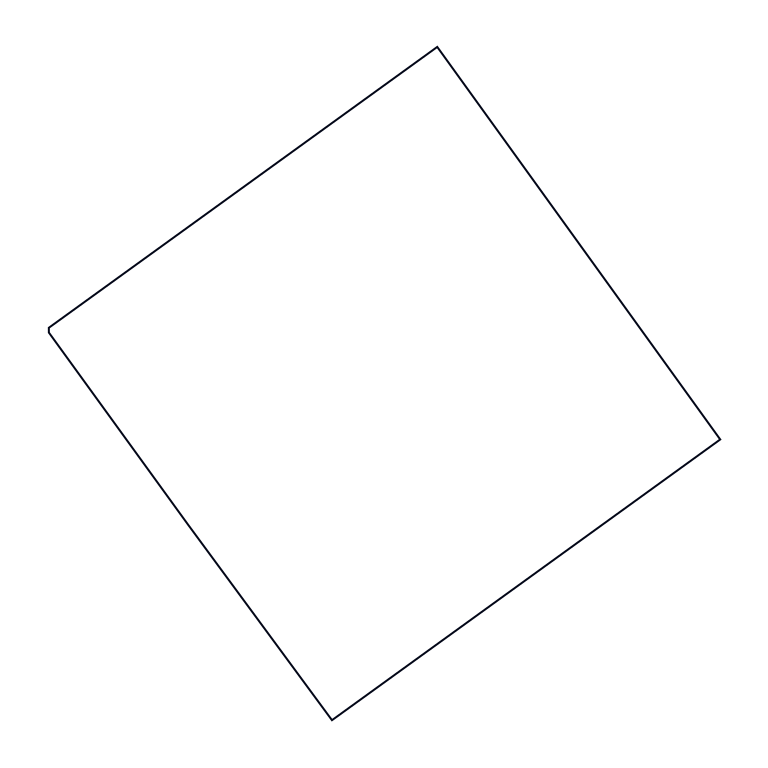 outline of Saline, Nebraska, United States of America, rotated 144°
{"feature_id": "52423323B35971436887727", "entity_name": "Saline", "entity_type": "district", "adm_level": 2, "iso_a3": "USA", "parent_name": "United States of America", "parent_adm1": "Nebraska", "projection": "albers", "projection_center": [-97.109, 40.524], "detail": "fine", "context": "isolated", "style": "outline", "palette": "ink", "viewbox_px": 768, "rotation_deg": 144, "n_neighbors": 0, "source": "geoboundaries", "source_scale": "gbopen_adm2", "svg_char_len": 250}
<svg xmlns="http://www.w3.org/2000/svg" viewBox="0 0 768 768"><g transform="rotate(144 384 384)"><path d="M144.6,141.5L142.8,625.4L622.1,626.5L624.9,622.6L625.2,384.8L623.7,142.6L144.6,141.5Z" fill="none" stroke="#020617" stroke-width="2"/></g></svg>